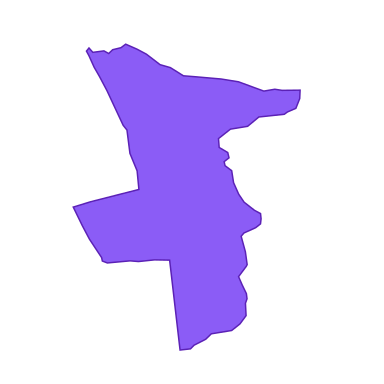 Maïné-Soroa, Diffa, Niger, rotated 173°
{"feature_id": "23599985B74336618625682", "entity_name": "Maïné-Soroa", "entity_type": "district", "adm_level": 2, "iso_a3": "NER", "parent_name": "Niger", "parent_adm1": "Diffa", "projection": "orthographic", "projection_center": [11.886, 13.761], "detail": "fine", "context": "isolated", "style": "filled", "palette": "violet", "viewbox_px": 384, "rotation_deg": 173, "n_neighbors": 0, "source": "geoboundaries", "source_scale": "gbopen_adm2", "svg_char_len": 1169}
<svg xmlns="http://www.w3.org/2000/svg" viewBox="0 0 384 384"><g transform="rotate(173 192 192)"><path d="M153.4,62.7L152.5,75.1L150.4,79.3L150.4,84.5L153.6,93.9L156.1,102.3L147.2,111.6L146.1,113.2L146.3,126.2L148.6,142.1L145.4,145.0L133.2,148.8L127.9,152.0L126.7,157.0L126.6,162.2L132.2,166.2L141.5,175.5L145.9,184.1L149.6,196.2L150.0,208.3L156.0,214.1L156.4,218.2L151.1,221.4L151.7,226.8L159.6,232.9L159.2,241.8L146.2,249.7L128.8,250.4L116.5,258.3L90.9,257.9L87.5,259.8L78.7,262.4L73.7,271.6L72.3,279.9L90.2,281.9L97.3,283.9L108.4,283.4L117.6,288.1L132.4,295.7L149.3,300.6L174.7,306.0L186.4,308.4L198.3,318.1L208.2,322.3L220.5,334.4L229.2,340.5L239.8,346.8L244.9,343.9L253.4,342.9L257.8,339.6L262.2,342.8L273.4,342.7L276.7,347.5L277.0,347.2L279.6,344.7L277.7,339.9L273.9,327.7L269.8,318.0L264.1,303.1L252.2,266.6L249.0,261.4L248.9,237.9L243.9,219.7L244.4,201.0L293.7,194.7L311.7,191.5L305.0,172.0L299.5,157.6L289.7,137.9L289.4,134.4L284.7,131.9L261.8,131.2L253.6,129.5L237.4,129.2L222.5,127.1L223.1,38.7L223.1,36.6L222.8,36.6L212.6,36.5L208.6,39.7L196.3,44.2L190.1,48.9L169.5,49.7L160.4,55.3L153.4,62.7Z" fill="#8b5cf6" stroke="#5b21b6" stroke-width="1.5"/></g></svg>